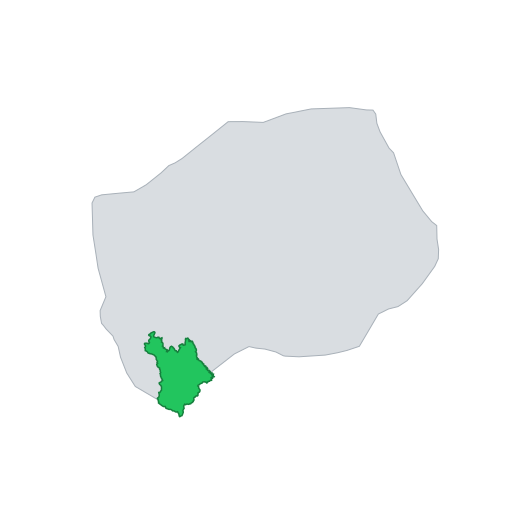 location of Tosing, Quthing, Lesotho, rotated 20°
{"feature_id": "5366337B57402845150405", "entity_name": "Tosing", "entity_type": "district", "adm_level": 2, "iso_a3": "LSO", "parent_name": "Lesotho", "parent_adm1": "Quthing", "projection": "albers", "projection_center": [28.037, -30.451], "detail": "fine", "context": "in_parent", "style": "filled", "palette": "green", "viewbox_px": 512, "rotation_deg": 20, "n_neighbors": 0, "source": "geoboundaries", "source_scale": "gbopen_adm2", "svg_char_len": 7024}
<svg xmlns="http://www.w3.org/2000/svg" viewBox="0 0 512 512"><g transform="rotate(20 256 256)"><path d="M330.9,336.0L317.7,340.1L315.9,340.4L307.5,339.4L296.2,340.4L287.3,342.6L280.4,343.5L269.2,355.4L248.8,387.8L243.4,394.5L241.9,407.2L237.2,417.3L231.4,425.1L225.8,427.0L208.9,423.9L187.2,419.9L174.6,410.2L163.3,397.4L157.4,388.1L151.2,383.0L149.0,380.2L140.2,375.9L136.8,373.7L133.9,372.1L130.3,365.9L128.2,360.6L128.9,345.6L122.6,336.7L111.8,321.5L105.0,309.0L95.6,292.0L89.8,277.4L83.8,262.3L84.5,255.8L90.1,251.3L106.5,243.5L119.3,237.5L128.4,226.7L138.3,210.5L143.2,200.8L148.0,196.3L153.3,189.5L162.5,174.3L172.9,157.4L183.9,139.3L197.9,134.1L217.1,128.0L235.6,112.2L257.6,98.9L293.1,84.6L309.7,81.0L316.0,78.9L320.0,81.7L324.2,90.0L330.1,96.9L344.1,109.1L350.0,112.0L364.3,129.9L379.6,142.3L397.2,156.5L409.3,163.6L415.4,165.6L420.3,178.2L425.4,187.5L428.2,196.2L427.5,204.6L421.7,225.2L413.3,246.3L406.7,255.0L398.7,260.4L390.8,268.7L387.7,285.6L384.0,305.5L373.8,313.6L365.9,318.9L355.0,325.4L330.9,336.0Z" fill="#d9dde1" stroke="#a8b0b8" stroke-width="1"/><path d="M214.6,427.4L215.6,427.8L217.4,428.3L218.5,428.7L220.4,429.1L221.3,428.9L222.0,428.4L222.3,428.5L222.9,429.3L223.5,429.9L223.9,430.0L224.5,429.8L225.2,429.9L226.8,429.9L227.9,429.4L228.5,429.4L229.3,429.4L230.4,430.0L231.0,430.0L231.5,429.7L232.3,429.6L233.5,430.0L234.5,429.9L235.3,429.2L235.5,429.1L236.5,430.1L236.9,430.2L237.7,430.9L237.9,431.7L238.3,432.0L238.9,433.0L239.2,433.1L239.7,432.7L240.3,431.7L240.9,431.5L241.1,430.6L241.1,429.3L241.1,427.8L241.0,427.4L240.3,426.6L240.1,426.1L240.3,425.4L240.2,424.6L240.5,424.1L240.5,423.6L239.6,422.5L239.6,422.0L239.4,421.5L239.3,421.1L239.7,420.1L239.7,419.7L240.8,419.8L241.2,419.1L242.1,418.6L242.9,418.6L243.5,418.4L243.8,418.2L244.2,417.5L244.9,417.4L245.3,417.0L245.4,416.3L245.7,415.8L246.5,415.3L246.4,414.6L246.5,414.2L246.8,414.0L246.8,413.5L246.6,413.1L247.0,412.5L246.4,411.6L246.1,410.5L246.2,410.1L247.0,409.5L247.0,409.0L247.4,408.6L247.5,408.1L247.7,407.8L248.0,407.7L248.7,407.6L248.9,407.5L249.0,407.2L249.1,406.7L248.8,406.1L248.6,404.9L248.3,404.5L248.7,403.9L249.4,403.2L249.5,402.1L249.3,401.4L249.0,400.8L247.3,399.8L247.0,398.6L245.7,398.0L245.9,396.9L246.9,396.3L247.2,395.1L248.3,394.3L248.9,393.7L249.0,392.8L249.8,392.2L250.5,391.8L250.9,391.9L251.5,391.8L251.9,391.5L253.0,392.2L253.4,392.0L253.5,391.1L253.7,390.6L254.0,390.3L254.3,390.3L254.4,390.0L255.1,389.6L255.1,389.3L255.6,388.7L256.3,388.3L256.2,388.0L256.7,387.9L256.5,387.4L256.0,386.8L256.0,386.3L255.6,385.8L256.2,385.6L256.8,385.9L257.0,385.7L256.9,385.5L256.7,385.5L256.6,385.2L256.2,385.0L256.5,384.7L256.3,384.5L256.1,384.0L256.2,383.9L256.5,383.9L256.6,384.1L257.2,384.2L257.4,383.9L257.9,383.9L258.0,383.7L257.2,383.4L257.0,383.8L256.7,383.9L256.5,383.5L256.5,383.0L256.3,382.7L256.6,382.6L256.4,381.6L256.2,381.7L256.2,382.1L255.4,381.7L255.5,382.6L255.2,382.8L254.9,382.7L254.6,381.6L253.9,381.9L253.6,381.9L253.6,381.5L253.9,381.1L252.5,381.4L252.4,381.1L252.4,380.7L251.8,381.1L251.8,380.3L252.0,380.3L252.4,380.4L252.0,379.9L251.6,379.9L251.1,379.6L250.9,379.9L250.4,380.1L250.2,379.9L249.8,380.0L249.8,379.8L250.1,379.7L249.4,379.6L249.3,379.2L249.3,378.8L249.1,378.8L248.9,379.2L248.6,379.2L248.9,378.8L248.8,378.2L248.7,378.2L248.5,378.4L248.0,378.5L248.1,378.2L248.3,377.9L248.2,377.7L247.9,377.9L247.1,377.7L246.8,377.0L246.2,377.4L245.9,377.4L245.7,377.0L245.7,376.9L246.0,376.9L245.9,376.7L245.6,376.5L245.2,376.6L245.2,376.9L245.1,377.0L244.5,376.6L244.3,376.2L243.8,375.8L243.7,375.4L243.4,375.5L243.1,375.3L242.8,375.5L242.6,375.5L242.1,374.9L242.1,374.6L241.7,374.5L241.3,374.0L240.5,374.1L240.0,373.6L239.8,373.8L238.7,373.6L238.4,373.7L238.2,373.5L237.9,373.4L237.6,373.1L237.2,373.0L237.1,372.5L236.8,372.4L236.4,372.6L236.5,372.9L236.3,373.3L235.9,373.2L235.7,372.6L235.9,372.4L235.9,372.0L235.6,371.7L235.1,371.6L234.6,371.0L234.4,370.3L234.1,369.9L234.3,369.3L234.1,368.9L233.8,368.7L233.8,368.4L233.4,367.5L232.0,366.7L232.3,366.3L232.3,365.8L232.2,364.8L231.9,364.3L231.7,364.0L231.2,363.8L231.2,363.5L230.8,363.2L230.0,363.0L229.7,362.0L229.5,361.7L228.9,361.4L228.7,361.0L228.2,360.9L227.6,360.1L227.0,360.0L226.7,359.7L226.2,358.6L225.8,358.5L225.3,357.9L224.9,357.9L224.4,358.8L223.6,358.7L223.3,358.0L223.1,358.0L222.9,358.2L222.5,357.9L222.4,358.3L222.2,358.6L222.5,359.0L222.4,359.2L222.0,358.9L222.0,358.4L221.4,357.8L221.4,357.5L221.2,357.2L220.8,357.1L220.2,356.5L219.7,356.6L218.8,357.6L218.2,357.5L218.1,357.8L218.1,358.4L218.5,358.7L218.7,359.4L218.7,360.0L219.0,360.9L219.1,362.1L219.4,362.4L219.5,363.0L219.9,363.5L219.4,364.0L218.4,364.7L218.2,364.7L218.2,364.4L217.6,364.2L217.3,363.7L217.0,363.8L216.1,364.3L216.1,364.5L215.3,365.4L215.0,365.5L214.7,366.0L214.3,366.9L214.7,367.4L215.5,368.0L216.3,368.0L215.8,370.4L215.6,372.6L215.3,373.4L214.9,373.3L214.3,372.8L213.8,372.6L213.5,372.3L212.5,372.6L212.0,372.2L211.1,371.3L210.3,370.7L209.7,370.7L209.2,370.1L207.5,369.7L206.7,370.5L206.4,371.6L206.6,372.4L206.6,373.6L206.8,374.2L206.0,375.1L205.5,376.4L205.0,376.3L204.6,376.4L204.6,375.8L204.5,375.2L205.0,374.8L204.4,374.4L204.2,374.4L203.5,374.6L201.9,374.2L201.5,374.2L201.4,373.6L200.8,374.1L200.4,374.1L199.8,373.0L198.9,372.7L199.2,371.8L198.9,371.2L198.4,369.9L197.9,369.5L197.3,369.3L196.7,369.3L196.6,368.1L196.0,367.9L196.0,367.4L195.7,366.8L195.9,366.5L195.8,365.3L195.6,365.0L194.8,365.7L194.5,366.4L194.4,366.5L193.7,366.5L193.0,366.2L192.7,365.6L192.3,365.6L191.5,365.9L191.1,366.5L190.4,366.9L188.6,367.0L187.8,366.9L187.5,366.8L187.2,366.3L187.1,365.7L187.3,362.7L186.6,362.0L185.7,362.2L183.6,364.3L183.3,364.8L183.1,365.6L182.5,366.1L182.2,366.5L182.3,367.1L183.1,367.5L184.1,367.3L184.8,367.7L185.1,368.8L184.7,370.6L184.2,371.3L184.1,372.1L184.3,372.7L185.4,373.6L185.5,373.8L185.5,374.3L185.1,374.5L185.1,375.1L184.6,375.4L183.4,375.2L181.4,376.0L181.2,376.4L181.3,376.9L181.8,377.4L182.6,377.8L182.9,378.2L183.1,379.1L182.7,380.1L182.9,380.3L183.0,380.3L183.6,380.8L184.3,382.8L185.0,382.7L185.3,382.9L186.6,383.1L187.6,384.0L188.6,384.1L189.0,383.9L189.7,384.1L190.3,384.0L190.7,383.7L194.1,383.9L195.2,384.4L195.6,384.7L196.5,385.0L196.8,385.6L197.1,385.8L197.5,387.1L198.2,387.7L199.3,388.4L199.7,389.1L199.3,389.7L199.6,390.1L200.3,390.6L199.8,391.3L199.8,392.0L200.2,392.4L200.7,392.9L200.9,393.3L201.5,393.5L202.0,394.0L203.0,394.2L203.6,394.1L204.1,394.9L204.1,395.3L205.0,395.9L205.3,396.5L205.3,396.9L206.4,398.3L206.0,399.3L206.8,400.1L207.3,401.4L207.8,402.0L208.1,402.1L208.6,402.9L208.8,403.1L209.3,403.2L209.7,403.9L210.1,404.1L210.8,404.8L210.9,405.0L210.2,405.6L209.9,406.3L209.8,407.0L209.6,407.3L208.9,407.7L208.4,408.5L209.1,409.4L210.5,410.1L211.0,410.2L211.4,410.8L212.0,411.3L212.2,412.0L212.5,412.5L212.5,413.0L212.8,413.6L212.9,414.3L213.1,414.6L212.6,415.5L212.5,416.4L212.4,417.0L211.3,417.5L212.3,419.1L212.8,420.1L212.8,420.6L212.9,421.9L212.0,423.3L212.0,423.6L213.4,424.5L213.6,425.5L214.1,426.0L214.3,426.4L214.7,426.6L214.6,427.4Z" fill="#22c55e" stroke="#15803d" stroke-width="1.5"/></g></svg>